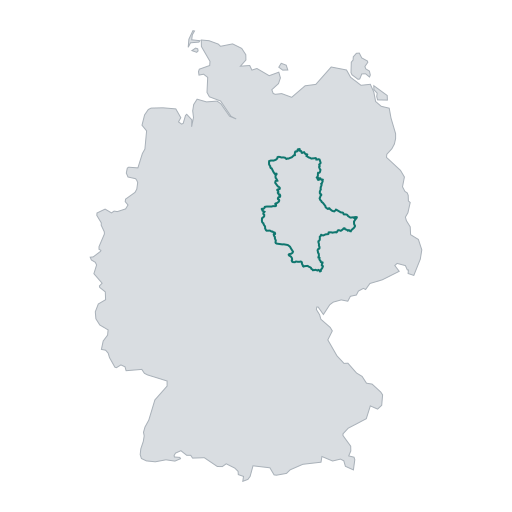 Sachsen-Anhalt highlighted on a map of Germany
{"feature_id": "DEU-1600", "entity_name": "Sachsen-Anhalt", "entity_type": "State", "adm_level": 1, "iso_a3": "DEU", "parent_name": "Germany", "parent_adm1": "", "projection": "orthographic", "projection_center": [11.644, 51.989], "detail": "fine", "context": "in_parent", "style": "outline", "palette": "teal", "viewbox_px": 512, "rotation_deg": 0, "n_neighbors": 0, "source": "natural_earth", "source_scale": "10m", "svg_char_len": 9593}
<svg xmlns="http://www.w3.org/2000/svg" viewBox="0 0 512 512"><path d="M217.3,466.5L204.3,457.7L192.6,458.1L190.7,455.3L186.7,455.3L180.9,450.7L175.5,453.1L174.1,455.5L174.4,457.0L179.8,457.4L180.5,458.7L174.9,461.1L165.9,459.8L155.3,461.8L146.4,460.9L141.4,458.5L140.2,454.6L140.8,448.9L143.3,441.4L144.2,435.9L143.5,432.3L145.0,427.0L148.8,420.1L154.9,399.9L167.1,386.1L167.1,381.0L147.5,374.9L144.4,373.3L141.8,369.4L126.1,370.7L125.0,366.8L120.9,364.9L116.4,367.7L114.9,367.2L109.5,357.6L108.2,353.2L105.6,350.2L101.4,349.4L103.2,341.0L107.6,335.1L108.1,329.9L99.8,325.0L95.9,318.8L95.3,311.8L98.3,304.0L105.6,299.7L105.3,291.9L99.7,287.4L99.4,286.0L102.1,283.2L93.9,273.7L96.6,265.0L95.3,262.3L91.4,260.0L90.2,257.2L93.2,256.9L100.6,251.3L100.9,250.3L99.0,249.3L99.0,246.7L104.4,234.0L104.3,231.8L101.2,225.2L101.3,222.9L96.8,215.4L97.0,213.0L105.1,209.1L111.5,212.9L114.1,211.1L117.4,211.6L125.6,208.9L128.0,205.0L125.2,201.6L125.6,199.1L135.0,192.4L136.8,189.1L137.7,182.5L136.7,180.2L135.6,178.7L128.0,177.0L126.3,173.1L127.3,168.1L128.7,167.2L137.9,167.9L142.4,153.5L144.9,149.1L146.6,130.9L142.0,125.2L144.6,114.9L148.3,109.5L151.1,108.1L162.9,107.8L175.8,108.9L180.8,117.7L178.5,121.9L181.6,124.1L183.2,123.4L185.5,115.5L186.7,114.3L191.8,119.8L191.6,126.8L193.5,117.5L192.7,110.8L193.7,104.5L197.1,99.2L206.5,101.9L217.0,101.1L220.8,103.7L229.5,116.2L236.2,119.0L231.0,116.3L220.6,101.0L209.4,96.8L207.0,92.4L207.7,77.4L203.6,74.2L199.0,75.1L198.5,71.6L199.3,69.2L209.7,65.5L210.0,61.4L201.4,46.5L201.3,40.0L209.0,40.7L218.3,44.1L220.5,46.3L232.6,43.9L241.7,48.4L245.8,54.7L245.9,60.0L240.4,66.2L249.7,65.5L251.9,70.1L256.9,68.5L269.2,75.7L278.8,72.2L280.4,77.9L278.5,83.6L271.8,89.7L273.2,93.5L275.3,94.3L281.7,93.6L291.7,97.3L305.1,85.8L315.8,84.4L331.2,67.0L346.5,70.0L350.6,77.3L361.0,85.3L370.3,84.3L373.8,92.0L375.6,101.5L381.2,106.3L389.2,108.2L391.0,118.1L395.6,133.7L395.6,138.6L394.4,144.0L391.9,148.7L386.8,154.3L386.5,157.4L400.5,170.4L404.4,177.0L402.5,186.8L404.9,191.4L407.2,192.9L408.2,195.3L408.4,201.0L410.2,202.5L407.9,212.8L405.4,217.1L406.4,220.7L410.2,226.8L410.6,234.7L418.4,239.5L421.8,249.9L420.3,259.1L413.8,275.4L408.1,273.5L408.4,270.0L407.3,269.9L405.4,265.6L397.1,263.4L394.8,265.5L399.2,271.3L382.3,279.8L369.9,283.5L365.6,289.5L363.3,288.4L358.4,291.1L356.4,295.0L350.4,296.3L347.8,301.2L341.2,299.9L333.3,302.1L329.8,304.7L323.4,314.5L318.1,307.0L316.8,307.0L316.4,309.5L319.6,314.8L320.9,319.3L330.2,327.4L332.3,330.9L327.8,339.9L337.0,355.9L344.0,363.4L347.9,363.2L356.5,373.0L362.1,376.4L366.5,383.2L372.1,384.1L380.8,392.1L382.6,394.9L381.7,405.3L377.6,409.1L370.3,405.9L366.3,418.7L348.2,428.2L343.0,433.8L343.0,435.6L350.7,446.2L350.8,451.0L348.7,455.9L354.0,457.2L354.8,459.7L353.4,469.9L345.4,466.3L343.8,460.8L340.5,459.1L332.6,461.0L321.9,456.5L321.0,462.2L302.8,464.3L290.2,469.8L286.5,473.4L276.4,475.2L274.1,474.9L269.9,467.8L253.0,465.8L250.1,476.4L247.9,479.4L242.8,481.3L243.5,476.4L238.3,474.6L238.1,471.4L234.8,468.1L226.2,463.8L222.3,466.6L217.3,466.5ZM369.4,71.1L370.3,75.0L369.5,77.0L365.6,73.8L361.8,73.9L359.7,79.0L358.0,79.3L352.0,74.8L351.0,72.6L351.3,62.2L353.1,60.0L353.3,56.8L356.4,53.3L359.3,53.1L361.7,57.9L367.4,61.0L367.8,62.3L364.9,66.5L365.7,68.8L369.4,71.1ZM387.2,95.5L387.4,100.1L377.6,99.9L376.7,96.5L377.2,93.2L373.9,89.6L373.8,85.7L387.2,95.5ZM190.5,42.8L188.2,47.3L188.9,39.2L192.9,30.7L194.5,31.0L192.3,34.9L191.7,39.8L199.9,40.7L198.9,42.1L190.5,42.8ZM287.8,70.0L282.7,70.1L278.8,67.2L281.2,63.3L286.2,65.2L287.8,70.0ZM198.1,50.9L196.7,52.3L191.9,50.6L195.6,48.1L197.7,48.8L198.1,50.9Z" fill="#d9dde1" stroke="#a8b0b8" stroke-width="1"/><path d="M266.6,230.7L266.1,230.3L265.1,228.4L265.1,226.8L264.8,226.0L264.2,225.4L264.0,224.9L263.7,224.5L263.5,223.7L263.4,223.3L262.8,222.9L262.1,222.0L261.9,220.6L262.0,218.3L262.3,217.9L262.9,217.6L263.3,217.1L263.8,216.8L264.2,216.1L264.2,215.6L264.2,214.7L263.3,213.9L263.3,213.7L263.5,212.6L263.8,212.3L264.3,212.1L264.5,211.8L264.3,211.7L263.9,211.8L263.4,211.2L262.5,210.7L262.4,210.2L261.8,209.3L261.8,208.9L262.2,208.7L263.2,208.9L263.6,208.7L264.7,207.6L264.8,206.9L265.1,206.8L267.1,206.5L271.8,206.5L272.7,206.2L273.4,206.1L275.2,206.2L275.8,206.0L276.0,205.8L276.1,205.5L276.0,204.7L275.3,204.1L275.3,203.9L275.3,203.7L275.7,203.4L276.9,203.1L277.6,202.6L278.5,201.9L278.9,201.5L279.2,200.7L279.1,199.8L279.0,199.6L278.5,199.5L278.1,199.3L277.9,198.7L277.9,198.3L278.2,197.6L278.5,197.3L280.0,196.8L280.1,196.5L280.2,196.2L280.2,195.5L280.0,195.0L279.8,195.0L279.6,195.4L279.5,195.5L279.4,194.4L278.8,194.4L277.8,192.9L277.8,192.7L278.4,192.1L278.4,191.8L278.2,191.4L278.1,190.9L277.4,190.5L277.2,189.9L277.3,189.7L277.9,189.4L279.5,189.1L279.7,188.8L279.8,188.0L279.6,187.6L278.6,186.7L278.0,186.5L277.7,186.2L275.2,182.8L275.3,182.0L275.7,180.9L276.3,180.7L277.1,180.8L277.4,180.7L277.1,180.1L276.2,178.5L275.7,178.0L275.5,177.0L275.5,175.8L275.6,175.5L276.5,174.4L276.6,174.1L276.6,173.9L276.5,173.7L275.9,173.6L275.6,173.7L275.2,174.0L274.9,174.0L274.6,173.7L273.4,171.9L271.7,168.4L271.2,168.1L270.8,168.1L270.5,167.7L270.3,167.1L270.3,166.3L269.6,165.4L269.0,164.0L269.1,163.2L269.0,162.2L269.2,161.7L269.1,161.2L270.4,160.6L272.0,160.5L273.5,160.6L275.5,159.9L276.2,159.5L276.5,159.1L277.2,158.6L277.3,158.4L277.4,157.6L277.5,157.2L278.1,156.9L279.3,156.9L280.4,157.1L281.3,157.5L283.3,157.4L285.0,157.7L285.4,158.1L285.8,158.3L286.2,158.9L286.4,159.0L286.7,158.9L287.4,158.5L287.7,158.6L288.4,158.6L290.6,157.7L291.8,157.3L293.9,155.3L294.9,155.2L295.0,155.1L294.8,154.2L294.8,153.6L295.0,152.3L295.3,151.6L295.8,151.4L296.3,151.6L296.8,151.5L297.1,151.3L297.8,149.4L299.3,149.0L299.7,149.2L299.7,149.7L299.5,150.3L299.2,150.6L299.7,150.8L300.8,150.9L301.2,151.2L301.5,151.9L301.5,152.5L301.7,152.8L302.3,152.9L303.6,152.3L304.1,152.2L305.2,153.8L305.7,154.2L306.7,154.2L307.2,154.5L307.0,155.1L306.6,155.8L306.5,156.0L308.8,157.5L309.7,157.7L311.2,158.5L311.8,158.6L312.3,158.4L313.2,158.4L315.7,158.1L316.1,158.5L316.3,158.9L316.3,159.5L317.1,159.6L318.5,159.2L319.5,159.5L319.8,160.2L320.5,162.4L320.6,162.8L320.4,163.4L319.3,164.4L319.2,164.5L319.2,164.8L319.3,165.2L319.6,165.7L319.7,166.1L319.2,166.6L319.1,167.0L319.2,167.5L319.5,168.1L319.8,169.0L320.4,169.7L320.3,170.7L320.0,171.8L319.6,172.5L319.0,172.8L318.1,172.8L317.9,173.7L317.9,175.1L317.8,176.1L316.8,177.6L317.0,177.8L317.9,177.7L318.1,177.8L318.2,178.0L317.7,178.7L317.6,178.8L317.7,179.3L318.0,179.8L318.4,179.9L319.3,179.6L319.5,179.2L319.7,178.4L319.9,178.2L320.3,178.3L320.5,178.5L321.3,179.7L321.5,179.8L322.3,179.8L322.7,179.6L322.8,179.7L322.6,180.3L322.6,181.1L322.6,181.6L322.2,182.3L321.9,183.2L321.7,183.5L321.2,183.8L321.3,184.2L321.6,184.6L321.6,184.9L321.3,185.9L320.7,187.2L320.8,187.6L320.6,188.3L320.8,189.3L320.8,189.5L320.3,190.3L319.8,191.8L319.8,192.1L319.9,193.4L320.3,193.9L320.7,193.9L320.8,194.1L321.0,194.6L321.3,194.9L321.2,195.2L320.4,196.1L320.0,197.6L319.7,198.0L319.6,198.3L320.2,199.9L321.3,201.0L321.7,202.0L322.5,202.5L323.2,203.2L325.4,206.1L325.6,207.2L326.1,207.7L327.7,208.9L328.6,208.8L329.1,208.2L329.4,208.3L330.3,209.4L332.0,210.7L332.6,211.0L334.2,211.4L334.7,210.9L335.6,210.4L335.8,210.2L335.9,209.7L336.3,209.7L340.9,212.4L342.7,212.6L343.2,213.0L343.7,214.3L343.9,214.4L345.8,214.4L346.9,214.7L347.4,215.1L348.0,216.0L350.0,217.4L350.7,217.6L353.0,217.3L353.3,217.3L353.6,217.7L354.1,218.0L354.5,217.2L356.1,217.0L356.8,217.3L356.5,218.1L355.3,219.5L354.0,221.6L354.0,222.0L354.1,224.0L354.3,224.6L354.7,225.2L355.0,225.8L354.9,226.5L353.9,227.9L351.5,230.0L350.8,231.3L350.1,231.2L349.4,230.4L348.9,230.1L348.2,230.6L347.8,230.7L347.3,230.1L346.5,229.7L345.5,229.4L345.0,229.1L344.6,228.3L343.6,228.4L343.3,228.9L341.4,230.5L340.7,230.8L339.7,230.4L338.4,230.2L337.8,230.5L337.2,231.7L336.5,232.4L336.1,232.4L335.9,232.1L335.7,232.1L332.3,232.7L331.8,232.4L329.0,232.3L328.6,232.5L328.5,233.8L328.3,234.0L328.2,234.1L325.5,234.4L323.4,235.4L322.3,235.3L321.2,234.8L321.0,235.0L320.8,235.8L319.8,236.7L319.8,239.4L319.6,240.1L319.3,240.4L319.0,240.9L318.4,241.3L318.4,241.5L318.5,242.7L318.8,243.3L319.0,244.7L318.9,245.6L319.5,247.0L319.5,247.4L319.5,248.1L319.3,248.6L319.0,248.8L318.5,248.8L318.1,249.2L317.8,249.8L317.6,250.1L317.6,250.6L317.9,251.5L318.0,252.7L318.7,253.6L318.8,254.2L318.9,255.9L318.8,256.5L318.4,257.0L318.4,257.5L319.5,257.8L319.4,259.4L319.7,260.0L320.5,260.8L320.7,261.8L320.8,262.0L321.0,262.1L322.5,262.4L322.6,262.8L321.9,264.0L321.8,265.2L321.8,265.4L322.6,265.7L322.9,266.3L322.9,266.5L322.1,268.3L320.8,269.9L320.7,270.4L320.9,270.9L320.2,271.4L319.9,271.4L319.7,270.9L318.7,270.0L318.3,269.9L318.0,270.2L317.5,270.5L315.4,269.8L314.3,270.1L312.9,270.2L312.7,269.6L311.5,269.0L311.2,268.6L311.0,267.9L310.4,267.4L308.6,266.6L307.8,266.0L307.4,265.9L304.2,266.2L303.7,266.6L303.4,266.5L302.9,266.0L302.8,265.2L302.3,264.6L302.2,264.2L301.9,263.6L301.9,262.5L301.8,262.2L300.8,261.5L299.4,261.8L297.7,261.8L296.0,261.5L294.9,262.2L292.9,262.1L292.2,261.7L292.0,261.3L291.7,260.3L291.8,260.1L292.1,260.0L292.1,259.9L292.1,259.0L291.9,258.1L291.1,256.8L290.7,256.4L290.0,256.0L289.1,255.5L288.7,254.8L289.2,254.1L291.0,253.8L292.0,253.2L292.4,252.9L292.7,252.4L293.0,251.7L291.0,248.5L290.0,246.7L288.1,245.2L287.2,244.9L283.8,244.3L282.3,244.4L276.7,243.6L275.8,243.1L275.5,242.5L275.6,241.6L275.8,240.3L275.4,239.7L274.9,238.4L274.9,237.0L274.4,236.4L274.2,236.0L273.7,234.6L273.7,234.2L274.0,233.9L274.7,234.2L275.0,234.1L275.1,233.9L275.1,233.4L274.8,232.7L274.6,232.5L274.2,232.5L273.0,232.0L272.5,231.5L271.5,231.5L269.9,230.6L266.6,230.7Z" fill="none" stroke="#0f766e" stroke-width="2"/></svg>